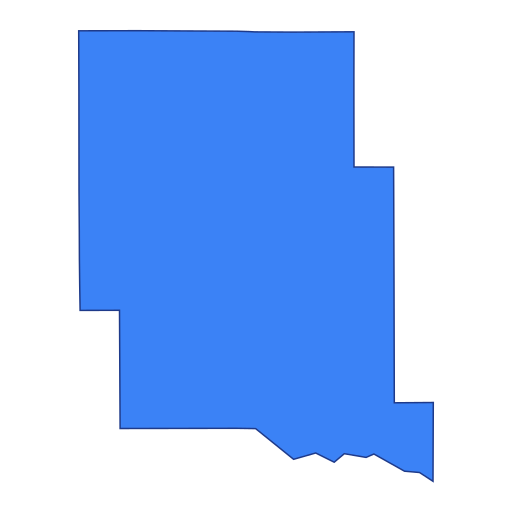 Marshall, Mississippi, United States of America (Mercator projection)
{"feature_id": "52423323B50167951251333", "entity_name": "Marshall", "entity_type": "district", "adm_level": 2, "iso_a3": "USA", "parent_name": "United States of America", "parent_adm1": "Mississippi", "projection": "mercator", "projection_center": [-89.469, 34.745], "detail": "fine", "context": "isolated", "style": "filled", "palette": "blue", "viewbox_px": 512, "rotation_deg": 0, "n_neighbors": 0, "source": "geoboundaries", "source_scale": "gbopen_adm2", "svg_char_len": 557}
<svg xmlns="http://www.w3.org/2000/svg" viewBox="0 0 512 512"><path d="M354.0,31.8L314.7,32.0L293.1,32.1L254.6,31.9L249.5,31.6L236.6,31.2L196.7,31.0L138.1,30.7L78.7,30.8L78.9,91.9L79.0,189.7L79.3,232.1L79.4,258.6L79.7,285.5L80.1,310.4L119.5,310.3L120.1,428.5L236.7,428.3L255.6,428.6L293.6,459.3L315.7,453.0L334.2,462.2L344.3,453.7L366.1,457.4L373.9,454.0L404.5,471.2L419.5,472.5L433.0,481.3L433.3,402.5L394.3,402.8L394.0,278.1L393.7,188.5L393.6,167.1L354.0,167.0L353.9,101.3L353.9,74.9L354.0,31.8Z" fill="#3b82f6" stroke="#1e3a8a" stroke-width="1.5"/></svg>